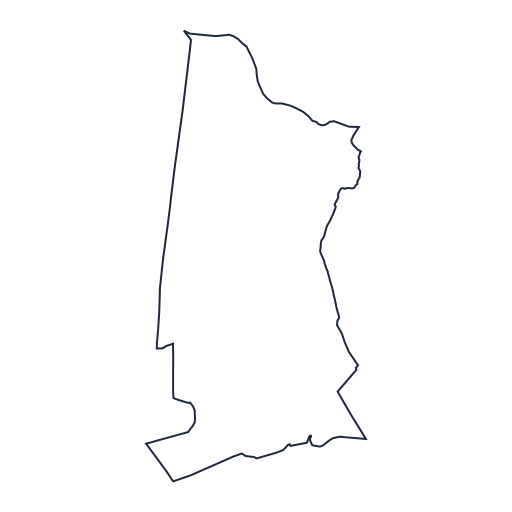 the district of Fantanele, Arad, Romania
{"feature_id": "2599482B83782028034718", "entity_name": "Fantanele", "entity_type": "district", "adm_level": 2, "iso_a3": "ROU", "parent_name": "Romania", "parent_adm1": "Arad", "projection": "equal_earth", "projection_center": [21.396, 46.094], "detail": "fine", "context": "isolated", "style": "outline", "palette": "slate", "viewbox_px": 512, "rotation_deg": 0, "n_neighbors": 0, "source": "geoboundaries", "source_scale": "gbopen_adm2", "svg_char_len": 2939}
<svg xmlns="http://www.w3.org/2000/svg" viewBox="0 0 512 512"><path d="M365.9,439.0L357.7,425.6L352.0,416.4L349.5,412.2L337.6,391.6L356.4,369.8L355.8,367.9L358.0,365.3L348.9,351.9L344.6,341.9L341.9,333.6L337.1,325.3L337.4,320.6L338.4,319.1L339.1,317.8L338.9,316.0L338.0,313.2L337.2,310.2L336.4,307.1L334.6,298.4L333.6,294.7L333.4,292.9L331.8,286.6L329.7,279.6L329.5,278.2L327.9,273.1L327.8,271.7L326.5,268.8L325.4,265.7L324.4,262.6L324.3,261.2L323.4,259.2L321.3,254.5L320.1,251.2L320.7,246.4L320.9,242.6L321.5,240.3L322.9,238.5L324.4,235.4L324.6,234.5L325.1,232.4L326.7,226.7L327.7,224.6L329.9,220.9L332.1,216.2L333.7,212.6L335.7,207.2L335.7,206.4L334.7,205.2L334.8,203.9L335.7,202.5L336.7,200.6L337.8,198.4L338.2,197.4L338.3,196.4L338.1,195.2L338.1,194.2L338.4,193.0L339.8,190.5L340.5,189.2L341.8,188.3L343.2,188.2L345.0,188.8L345.9,188.3L347.8,188.0L350.7,188.3L352.4,188.3L354.1,187.9L354.7,187.0L355.3,186.0L356.1,184.9L357.5,183.9L357.4,183.1L357.3,181.9L357.9,180.3L358.5,179.3L358.8,178.7L359.4,178.1L359.6,176.9L360.0,175.1L359.9,173.7L360.3,172.7L360.1,171.1L359.6,169.9L358.6,168.5L358.5,167.5L359.0,166.4L358.8,164.6L358.8,163.3L359.2,162.4L359.2,161.1L359.5,160.0L358.8,158.8L358.6,157.3L359.1,156.1L360.1,152.5L360.9,151.4L357.6,149.5L353.1,144.9L351.7,142.4L351.3,140.3L351.8,139.1L352.7,137.3L352.9,136.4L355.5,132.3L358.9,127.0L349.0,126.7L341.0,123.8L339.7,123.2L336.1,122.0L333.8,121.1L332.1,121.6L330.0,121.7L327.6,123.4L325.0,124.9L322.8,125.3L320.7,124.9L318.4,124.1L316.5,122.0L312.4,120.8L307.9,115.7L302.9,111.7L301.4,110.9L294.4,107.4L290.2,105.6L285.1,104.3L281.4,103.4L279.8,103.5L274.7,103.4L271.9,102.4L266.8,98.1L263.1,93.8L260.7,88.4L257.8,81.7L256.7,74.6L256.3,69.0L255.5,66.7L252.2,58.0L246.5,46.6L242.8,43.8L237.9,38.9L233.4,36.2L228.9,34.7L225.2,35.2L215.5,36.1L189.8,33.6L183.8,30.7L187.4,35.3L191.0,39.9L189.4,53.9L182.6,110.5L175.6,161.0L175.2,163.6L170.9,198.4L170.2,205.3L167.3,228.0L166.3,235.1L164.6,247.9L163.5,255.6L162.7,262.3L161.7,271.7L160.5,283.0L159.9,288.7L159.8,292.1L159.7,297.8L159.2,312.8L158.2,328.5L157.6,335.5L156.8,344.9L156.8,348.5L162.1,348.4L163.9,347.5L165.2,346.7L166.5,345.9L169.1,345.1L173.0,343.7L173.2,358.1L173.1,372.6L173.1,390.6L173.5,398.1L178.7,400.0L187.9,402.8L190.3,402.7L191.5,404.4L192.7,405.8L194.7,410.2L194.8,414.4L195.1,418.8L194.7,422.5L192.5,426.3L190.2,429.2L188.0,432.1L166.9,437.9L146.1,443.7L166.3,471.1L172.2,480.0L173.4,481.3L190.7,475.3L233.2,456.6L241.8,453.5L242.2,453.8L245.6,456.0L250.0,456.6L254.2,457.0L255.8,458.0L256.4,458.3L257.7,458.1L277.0,452.5L283.3,450.0L288.0,444.9L289.7,444.3L290.6,445.9L294.0,445.2L306.6,442.8L307.1,442.3L308.2,439.4L308.9,437.3L309.8,435.9L310.4,435.7L310.9,435.7L311.1,435.9L311.1,436.4L310.1,438.5L309.9,439.6L310.4,441.1L310.9,442.2L312.3,445.3L319.9,446.6L322.9,445.5L329.5,440.3L332.8,438.2L339.9,436.7L342.7,437.0L344.7,437.2L356.0,438.1L365.9,439.0Z" fill="none" stroke="#1e293b" stroke-width="2"/></svg>